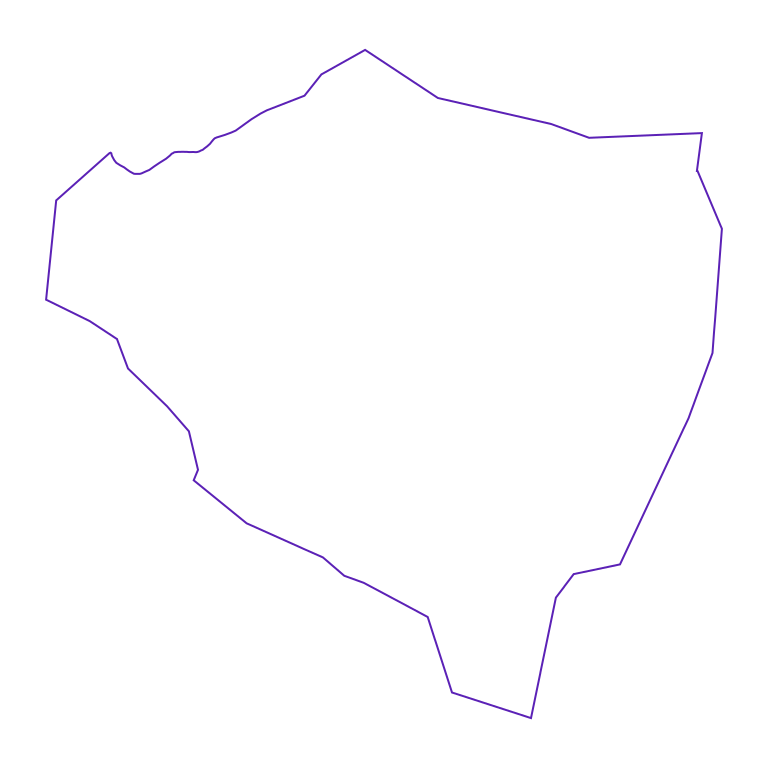 the district of Urgamal, Dzavhan, Mongolia
{"feature_id": "93677404B48055629710437", "entity_name": "Urgamal", "entity_type": "district", "adm_level": 2, "iso_a3": "MNG", "parent_name": "Mongolia", "parent_adm1": "Dzavhan", "projection": "orthographic", "projection_center": [94.093, 48.464], "detail": "fine", "context": "isolated", "style": "outline", "palette": "violet", "viewbox_px": 768, "rotation_deg": 0, "n_neighbors": 0, "source": "geoboundaries", "source_scale": "gbopen_adm2", "svg_char_len": 1619}
<svg xmlns="http://www.w3.org/2000/svg" viewBox="0 0 768 768"><path d="M321.4,74.4L304.5,95.7L266.9,110.3L260.5,113.6L251.5,119.2L235.7,130.6L231.4,132.5L224.9,134.9L218.5,136.9L216.5,137.5L215.7,137.9L214.9,138.2L214.3,138.7L213.9,139.1L213.2,139.8L212.6,140.6L212.1,141.1L210.0,143.8L207.1,146.4L204.3,148.5L202.9,149.7L201.8,150.2L200.7,150.6L199.5,151.3L198.4,151.7L197.3,152.0L196.5,152.1L195.3,152.1L194.7,152.1L193.8,152.0L192.8,152.0L189.2,152.1L187.2,151.9L182.8,151.8L177.9,151.9L174.7,152.2L173.9,152.5L172.7,153.3L171.7,153.7L170.0,155.5L166.1,158.7L159.4,162.9L154.2,166.4L150.2,169.3L149.4,169.9L145.9,171.4L141.5,173.4L139.7,173.9L138.1,173.9L136.5,173.9L135.2,173.9L133.8,173.7L133.1,173.3L129.8,171.5L126.8,169.4L124.2,167.4L120.2,165.3L116.3,162.8L114.2,160.1L112.1,156.2L111.7,155.1L111.3,153.3L110.6,152.7L109.5,153.1L56.2,200.4L46.1,299.7L89.7,321.1L116.6,338.8L117.0,339.0L117.1,339.4L128.0,368.5L167.0,406.2L188.9,431.3L198.0,469.8L193.7,480.3L246.6,523.3L302.6,548.4L303.0,548.6L322.9,557.4L344.3,575.8L363.7,582.8L409.6,607.3L427.7,617.0L435.0,639.8L435.2,640.3L452.0,692.5L531.0,718.1L540.3,673.2L540.4,672.5L545.7,647.0L555.9,597.6L564.0,587.0L564.3,586.5L573.7,574.1L620.0,564.4L672.7,451.9L673.0,451.3L682.7,430.6L683.0,429.9L683.9,428.0L684.1,427.7L684.2,427.4L684.6,426.6L685.8,424.1L688.6,418.1L690.8,412.0L693.7,404.2L695.5,399.2L699.2,389.1L705.4,372.3L708.5,363.8L712.5,353.0L714.0,332.5L715.2,317.9L721.9,228.8L721.1,226.8L720.8,226.2L697.6,171.1L696.9,171.0L701.9,133.1L589.1,137.8L551.1,124.0L437.9,98.0L365.1,49.9L321.4,74.4Z" fill="none" stroke="#5b21b6" stroke-width="2"/></svg>